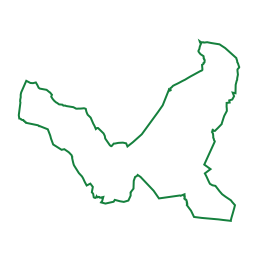 outline of Atlixtac, Guerrero, Mexico, rotated 92°
{"feature_id": "50627088B22623641614442", "entity_name": "Atlixtac", "entity_type": "district", "adm_level": 2, "iso_a3": "MEX", "parent_name": "Mexico", "parent_adm1": "Guerrero", "projection": "orthographic", "projection_center": [-98.897, 17.476], "detail": "fine", "context": "isolated", "style": "outline", "palette": "green", "viewbox_px": 256, "rotation_deg": 92, "n_neighbors": 0, "source": "geoboundaries", "source_scale": "gbopen_adm2", "svg_char_len": 4903}
<svg xmlns="http://www.w3.org/2000/svg" viewBox="0 0 256 256"><g transform="rotate(92 128 128)"><path d="M110.3,170.9L109.8,172.6L110.2,175.5L110.5,180.5L109.1,183.3L108.2,190.6L107.8,191.4L107.9,193.4L107.0,194.3L106.8,197.6L106.7,197.9L105.6,199.4L104.9,200.8L103.2,202.9L102.8,203.2L101.6,204.3L99.4,205.8L97.4,205.2L96.6,206.0L95.3,207.0L95.2,207.4L92.7,210.7L91.7,217.5L90.9,218.7L88.4,220.0L85.7,221.7L86.5,224.5L86.4,227.1L84.4,231.3L96.2,236.0L98.4,236.4L101.1,236.3L103.4,236.7L105.3,236.7L106.3,236.4L119.0,237.6L122.3,237.0L122.3,236.6L122.5,236.1L122.6,235.9L122.7,235.7L122.8,235.5L122.9,235.2L123.0,235.0L123.2,234.9L123.3,234.9L123.5,234.4L123.6,234.2L123.7,233.8L123.7,233.4L123.6,233.1L123.7,232.8L124.0,232.6L124.3,232.5L124.6,232.4L124.9,231.5L125.2,231.4L125.5,231.2L125.7,230.9L125.8,230.5L125.9,230.2L126.2,230.0L126.4,230.0L128.4,218.2L128.7,217.5L128.9,217.4L129.1,217.2L129.3,216.9L129.1,216.5L132.1,208.1L137.7,205.7L138.5,205.4L141.2,204.6L147.1,202.2L148.7,199.4L152.1,193.6L151.4,190.9L154.0,186.8L154.7,185.9L157.3,183.3L159.0,182.9L159.1,182.7L159.4,182.8L159.7,182.8L159.9,182.8L163.8,181.8L165.8,181.2L166.7,180.9L167.6,180.4L174.8,175.5L178.0,172.3L179.9,171.1L181.1,170.5L183.3,169.4L186.9,167.3L184.9,163.7L188.1,161.1L193.5,161.9L194.6,160.8L195.1,160.5L198.5,159.8L199.0,158.6L199.0,158.1L198.9,157.9L198.8,157.7L198.1,157.4L197.5,157.1L198.0,156.9L198.1,156.6L198.2,156.3L198.2,156.2L198.3,156.1L198.2,155.9L197.9,155.8L197.9,155.6L197.9,155.3L197.9,154.8L197.9,154.6L198.0,154.3L198.3,154.3L198.4,154.2L198.2,153.9L198.4,153.7L198.5,153.6L198.5,153.3L198.5,153.1L198.5,152.9L198.6,152.7L198.7,152.3L198.6,152.1L198.4,151.9L198.2,151.8L198.2,151.7L198.2,151.4L198.0,151.0L197.8,150.3L202.4,151.4L202.5,151.6L202.6,151.8L202.8,152.0L203.3,152.3L204.3,147.9L202.2,139.8L200.3,138.7L201.5,133.4L202.0,129.6L200.5,125.1L195.5,123.0L192.4,123.2L192.1,123.0L192.1,122.9L191.9,122.9L188.4,120.4L180.6,120.4L176.7,119.2L176.3,118.5L175.7,117.5L174.8,116.8L174.6,116.7L176.5,113.7L177.5,112.7L189.8,100.2L197.3,94.6L193.6,73.7L193.7,73.3L193.9,73.0L193.7,72.6L193.6,72.3L192.3,69.3L192.5,69.3L192.6,69.2L193.2,69.1L193.5,69.1L194.1,69.0L194.3,69.0L194.4,68.9L194.5,68.9L194.6,69.0L194.6,69.3L194.9,69.2L195.0,69.0L195.3,68.9L195.5,68.9L195.7,69.0L195.8,69.0L196.0,69.0L196.3,69.1L196.3,68.9L196.6,68.9L196.8,68.8L196.9,68.7L197.0,68.7L197.4,68.4L197.4,68.1L197.5,68.1L197.8,67.6L197.8,67.4L197.9,67.2L198.1,67.1L198.6,67.0L198.9,66.8L199.1,66.8L199.3,66.8L199.4,66.7L199.5,66.6L199.8,66.6L200.0,66.7L200.3,66.7L200.5,66.4L200.8,66.3L201.0,66.5L201.3,66.5L201.5,66.5L201.6,66.4L201.7,66.2L201.8,66.2L202.0,66.4L202.3,66.4L202.6,66.2L202.7,66.3L203.0,66.5L208.5,62.1L214.6,58.9L215.3,51.0L216.2,34.1L216.6,29.8L217.2,22.0L216.7,22.0L214.2,21.5L212.7,21.1L209.1,20.2L204.2,19.0L201.4,18.4L198.1,21.5L196.7,22.6L193.3,28.1L190.9,31.6L187.9,34.4L182.8,38.6L182.3,41.6L180.9,44.2L178.7,45.4L173.7,47.9L170.7,49.6L166.2,44.1L161.9,50.5L138.5,40.8L138.1,40.9L138.0,41.0L137.8,41.1L137.4,41.4L137.3,41.5L136.3,41.8L135.5,42.0L135.4,42.0L135.1,42.3L134.9,42.4L134.7,42.5L134.4,42.5L133.9,42.5L133.6,42.5L133.4,42.5L131.7,42.7L131.3,42.8L131.1,42.9L130.7,42.9L130.6,43.0L130.3,43.1L130.0,43.2L129.7,43.5L129.4,43.7L129.2,43.7L129.1,43.8L129.0,43.7L128.7,43.6L128.4,43.6L128.1,43.6L127.8,43.5L127.7,43.5L127.6,43.4L127.3,43.3L127.1,43.2L126.9,43.3L126.8,43.2L127.0,43.0L127.3,43.1L127.5,43.0L127.6,42.9L127.8,42.7L127.9,42.4L127.8,42.0L127.8,41.7L127.9,41.1L125.0,38.3L120.8,34.5L120.4,34.5L114.3,32.8L112.4,32.2L107.5,29.8L104.6,30.0L103.6,30.2L99.5,30.3L99.0,27.3L96.9,27.8L95.9,24.8L92.5,23.1L89.0,24.6L89.5,21.8L81.1,21.9L76.9,21.0L76.1,20.6L75.8,20.6L74.4,20.6L70.8,20.0L67.0,20.6L66.0,20.6L65.6,20.6L63.6,19.0L63.1,19.0L62.5,19.3L60.9,19.9L60.0,20.2L59.4,20.4L58.7,21.0L56.5,21.4L55.8,21.8L54.3,22.2L44.7,33.7L42.4,37.5L41.2,39.4L40.2,47.5L39.5,51.9L40.0,55.1L39.8,55.4L39.7,55.7L39.8,57.4L39.5,58.4L38.8,59.4L40.2,58.9L40.6,57.7L41.0,57.9L42.7,58.6L44.3,59.1L46.7,59.5L48.1,60.2L48.8,60.3L49.3,60.1L49.6,59.8L50.1,59.5L51.7,58.1L53.5,55.1L54.0,55.0L54.4,54.8L55.5,54.9L55.7,54.6L56.6,54.4L56.6,54.2L56.8,54.0L57.4,53.8L58.2,53.7L58.6,53.8L59.0,53.9L59.5,53.8L59.9,54.0L60.1,54.2L60.4,54.7L60.6,54.6L60.8,54.7L61.1,54.7L61.4,55.0L61.8,55.4L62.3,56.2L64.1,56.0L66.5,55.7L67.3,55.7L68.0,56.3L68.6,57.7L71.5,62.6L72.4,64.1L74.1,67.0L75.8,69.7L77.7,72.6L79.2,75.4L81.2,78.8L82.4,81.0L83.2,82.6L83.9,83.8L84.2,84.4L85.1,85.2L85.9,85.9L86.5,86.7L86.9,87.1L88.8,86.7L89.0,87.1L88.2,88.3L89.5,88.3L89.8,88.6L89.6,88.9L104.1,94.1L110.9,98.5L133.8,114.0L142.1,122.7L146.5,127.9L143.4,129.3L142.8,132.6L143.2,137.1L144.0,140.5L144.1,141.7L146.7,143.8L146.7,144.3L145.9,145.5L139.3,150.4L136.8,150.9L134.3,152.2L129.1,157.9L129.1,158.9L130.2,160.1L126.8,161.7L125.0,162.8L118.9,165.7L116.1,168.8L114.0,169.8L113.0,170.2L110.3,170.9Z" fill="none" stroke="#15803d" stroke-width="2"/></g></svg>